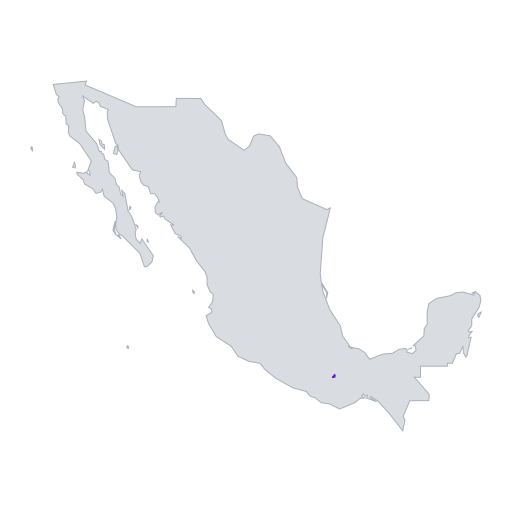 San Pablo Huitzo, Oaxaca, Mexico shown in context
{"feature_id": "50627088B10333117144156", "entity_name": "San Pablo Huitzo", "entity_type": "district", "adm_level": 2, "iso_a3": "MEX", "parent_name": "Mexico", "parent_adm1": "Oaxaca", "projection": "equal_earth", "projection_center": [-96.911, 17.316], "detail": "fine", "context": "in_parent", "style": "filled", "palette": "violet", "viewbox_px": 512, "rotation_deg": 0, "n_neighbors": 0, "source": "geoboundaries", "source_scale": "gbopen_adm2", "svg_char_len": 4131}
<svg xmlns="http://www.w3.org/2000/svg" viewBox="0 0 512 512"><path d="M53.2,84.4L86.7,81.1L84.9,84.9L136.4,106.8L175.9,106.7L176.3,98.4L200.8,98.5L204.8,104.5L221.5,120.6L225.3,134.3L228.3,139.5L244.1,150.3L249.4,146.2L253.5,136.2L258.4,133.9L270.0,135.7L279.5,146.9L285.7,163.0L296.8,177.7L297.4,187.1L302.3,198.7L327.0,209.6L330.3,207.9L322.8,238.1L320.2,274.4L321.3,282.2L327.8,292.8L326.4,298.4L326.8,292.7L321.4,283.8L323.1,292.0L329.6,309.3L340.3,325.8L342.7,336.1L350.2,346.7L348.1,346.4L352.4,349.0L351.1,347.4L358.9,348.8L364.6,352.4L369.5,359.3L382.8,354.1L392.6,353.3L399.0,349.3L405.9,348.5L407.2,350.0L406.8,352.2L412.3,353.6L416.1,350.3L415.0,344.8L413.2,346.2L413.7,345.1L423.8,336.0L424.3,328.6L427.2,324.3L427.1,312.4L428.9,303.6L436.6,298.4L450.2,295.7L456.1,292.7L462.8,292.0L473.8,295.0L474.7,293.1L471.8,293.0L475.5,291.6L480.0,295.5L480.9,300.8L478.8,307.9L471.8,318.8L471.7,326.0L468.2,330.4L468.9,332.0L472.1,331.4L468.7,336.0L468.8,337.8L471.1,337.2L467.0,355.5L465.9,357.2L463.5,353.0L462.9,346.1L459.7,353.3L456.4,353.8L452.4,363.2L447.6,363.1L447.3,366.2L420.5,366.2L420.5,377.3L414.4,377.2L429.2,394.3L428.8,400.6L409.8,400.7L403.1,416.4L405.0,420.4L402.7,430.9L388.9,413.0L377.7,401.0L371.0,396.4L370.2,397.6L376.5,401.7L366.7,398.1L367.4,395.2L364.8,396.4L363.2,393.8L361.5,396.6L364.7,397.9L359.8,398.6L354.9,402.6L339.5,409.0L329.6,403.9L321.2,402.7L315.5,398.0L309.9,396.0L306.4,391.5L292.7,387.8L275.8,378.3L264.8,369.4L260.2,363.3L248.8,361.3L238.0,356.2L231.2,346.3L216.4,336.8L208.7,323.8L206.1,315.7L212.1,312.0L211.2,308.6L208.6,307.5L212.7,301.4L213.2,294.2L210.1,291.7L207.0,284.5L207.2,277.9L205.3,272.1L196.7,261.1L189.4,247.9L177.7,236.5L181.1,238.6L181.4,236.2L175.2,233.7L170.7,224.8L174.0,225.1L164.9,219.0L163.7,216.0L160.2,217.1L159.7,215.8L162.5,212.3L157.9,215.0L155.3,212.4L155.0,206.6L158.4,201.4L159.5,202.4L157.4,197.0L154.6,193.7L150.7,193.8L148.3,186.6L143.7,185.1L140.9,182.0L139.2,175.7L140.6,171.7L132.3,169.8L118.6,149.9L117.9,145.2L115.8,143.8L107.6,119.4L107.2,112.0L108.3,109.5L100.4,106.4L98.8,102.5L96.2,101.2L93.3,103.4L82.8,96.1L84.5,100.8L82.7,109.9L84.7,117.2L86.0,131.1L96.5,143.4L99.6,151.7L101.3,151.3L102.0,153.8L103.6,154.1L104.9,159.5L108.0,161.2L109.4,172.5L114.8,178.2L116.5,184.6L119.0,186.6L120.7,194.3L122.9,196.1L121.8,190.4L124.9,193.7L128.1,211.2L131.6,216.2L136.1,228.9L135.2,234.2L136.1,239.0L140.1,243.6L141.8,238.9L153.3,255.6L152.0,261.8L147.2,266.4L144.5,266.9L139.8,253.2L121.5,234.9L119.8,235.1L116.2,229.4L115.5,225.5L116.9,217.0L115.6,208.9L113.0,203.1L104.1,196.1L102.5,189.2L100.7,192.1L96.0,193.4L92.8,188.8L84.5,184.0L83.3,179.9L77.2,174.2L76.7,172.2L83.3,173.3L87.2,171.6L87.1,173.4L90.3,175.3L89.3,170.7L87.8,170.4L91.3,161.1L79.8,143.7L69.9,136.1L68.3,132.3L68.6,125.8L66.2,123.8L65.7,116.5L62.7,113.4L62.5,109.1L58.3,102.4L57.7,99.2L59.3,97.0L56.3,94.3L53.2,84.4ZM118.0,150.2L116.7,154.6L113.4,153.2L115.1,146.5L117.0,145.8L118.0,150.2ZM104.6,149.3L100.0,144.5L99.0,139.5L101.4,141.2L101.8,143.9L104.2,144.6L104.6,149.3ZM478.8,317.4L477.6,315.8L478.2,313.7L481.3,312.0L478.8,317.4ZM116.2,235.1L112.9,230.4L115.3,220.9L114.4,229.4L116.2,235.1ZM75.1,167.9L72.5,167.2L74.5,162.2L75.5,165.9L75.1,167.9ZM32.7,151.4L30.7,148.2L31.3,146.8L32.1,146.9L32.7,151.4ZM119.0,235.2L121.0,238.9L116.8,235.3L119.0,235.2ZM194.5,291.9L194.1,293.5L193.0,292.8L192.6,290.2L194.5,291.9ZM137.5,225.5L138.2,228.4L136.1,224.8L137.5,225.5ZM129.9,206.4L131.1,207.7L129.1,210.3L129.9,206.4ZM128.8,348.0L127.9,348.4L126.6,347.2L127.8,345.6L128.8,348.0ZM410.5,348.6L408.2,349.3L412.2,347.6L410.5,348.6ZM148.4,242.0L147.2,241.7L147.1,238.9L148.4,242.0Z" fill="#d9dde1" stroke="#a8b0b8" stroke-width="1"/><path d="M332.9,376.6L332.8,377.3L333.0,377.3L333.1,377.2L333.3,377.2L333.5,377.1L333.8,377.1L334.0,377.0L334.3,377.1L334.4,377.3L334.3,377.2L334.5,377.2L334.6,376.9L334.8,376.6L334.9,375.4L335.1,374.7L335.0,374.8L334.9,374.8L334.6,374.7L334.4,374.9L334.3,375.0L334.2,375.3L334.1,375.5L333.9,375.8L333.9,376.0L333.8,376.3L333.8,376.5L333.7,376.6L333.3,376.6L333.2,376.6L332.9,376.6L332.9,376.6Z" fill="#8b5cf6" stroke="#5b21b6" stroke-width="1.5"/></svg>